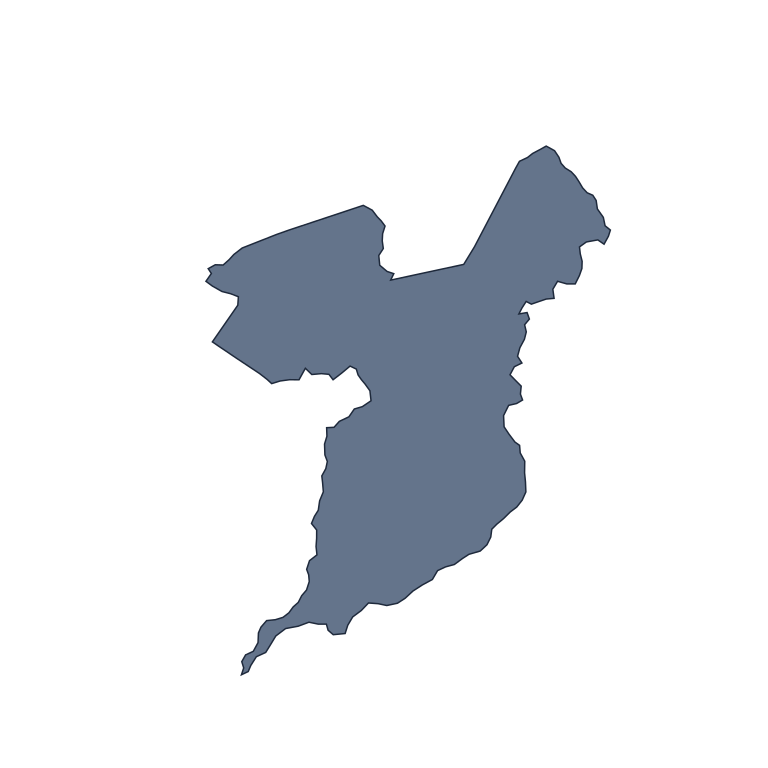 outline of São Martinho, Santa Catarina, Brazil, rotated 237°
{"feature_id": "56859067B20212770642910", "entity_name": "São Martinho", "entity_type": "district", "adm_level": 2, "iso_a3": "BRA", "parent_name": "Brazil", "parent_adm1": "Santa Catarina", "projection": "mercator", "projection_center": [-48.982, -28.115], "detail": "fine", "context": "isolated", "style": "filled", "palette": "slate", "viewbox_px": 768, "rotation_deg": 237, "n_neighbors": 0, "source": "geoboundaries", "source_scale": "gbopen_adm2", "svg_char_len": 2583}
<svg xmlns="http://www.w3.org/2000/svg" viewBox="0 0 768 768"><g transform="rotate(237 384 384)"><path d="M472.6,652.7L478.9,654.2L486.8,654.1L495.2,649.6L495.7,642.3L496.4,634.2L495.8,627.7L497.0,618.9L493.3,611.9L449.8,534.6L440.9,516.0L467.5,446.2L471.2,452.3L476.7,447.9L485.9,445.1L494.6,449.6L498.0,457.2L505.0,460.5L510.8,464.7L515.9,470.9L522.3,470.5L527.9,469.4L536.2,468.8L545.1,463.9L564.9,388.0L567.9,375.5L575.3,339.1L574.4,328.6L572.6,321.7L571.4,313.9L575.9,307.4L576.5,299.4L570.7,299.4L567.1,290.6L559.6,293.4L549.8,298.5L543.3,304.5L536.5,309.4L529.7,304.3L512.8,263.0L506.3,265.7L485.3,274.6L460.6,285.3L451.4,288.5L445.5,290.0L443.1,298.5L439.0,307.2L433.8,315.0L440.0,326.6L431.3,328.6L426.8,337.1L422.1,343.1L415.3,343.6L416.2,354.5L417.5,365.3L411.6,368.9L405.7,367.2L400.0,367.4L394.3,368.1L386.0,368.5L377.0,364.0L376.8,353.5L379.2,345.5L375.6,336.7L377.0,326.2L374.9,318.5L378.6,312.1L371.3,307.7L366.0,301.4L356.7,295.8L349.9,294.3L344.7,289.1L340.8,281.8L334.6,278.7L326.6,274.4L321.1,266.4L313.9,260.1L310.9,253.6L306.5,247.2L298.2,248.0L291.2,243.4L284.7,238.5L277.2,234.7L276.4,225.3L270.7,218.2L265.0,216.9L259.0,213.7L253.4,206.8L251.3,199.7L247.5,193.1L246.5,186.4L243.9,179.6L243.3,172.2L245.5,164.5L249.5,156.7L247.1,148.4L243.6,143.1L235.7,137.5L231.0,128.8L232.2,120.4L228.6,113.5L222.3,111.7L217.8,106.1L216.8,113.5L220.5,119.0L224.8,128.4L223.3,138.6L227.3,147.1L231.6,156.0L232.5,168.3L227.6,180.1L225.1,191.3L218.4,198.1L214.0,204.9L207.9,203.0L201.4,204.9L195.9,215.5L201.4,222.2L205.7,230.9L206.4,241.6L208.8,251.7L202.9,259.5L196.7,265.7L192.8,275.9L192.8,285.1L194.6,295.5L194.6,306.7L193.7,318.1L198.3,327.3L197.1,336.0L194.3,344.7L194.9,354.8L194.9,362.5L191.5,373.7L193.1,382.8L197.5,390.2L203.5,395.3L205.0,402.3L206.0,410.9L207.9,420.1L208.5,428.3L211.3,436.6L216.2,444.2L224.8,449.3L232.9,453.5L242.6,460.0L252.0,460.7L258.7,464.3L264.0,462.2L274.1,461.5L282.7,461.4L292.4,467.1L298.2,476.9L295.4,484.6L295.1,491.5L301.2,492.9L307.5,497.9L314.6,496.4L323.1,494.7L327.5,502.7L326.5,511.1L334.5,511.1L340.4,517.7L345.0,526.1L350.2,531.7L357.1,534.2L359.3,541.3L366.0,542.9L369.3,535.3L372.7,541.3L375.8,548.2L370.7,551.1L369.1,557.6L366.9,566.3L363.2,573.3L371.5,577.2L375.6,585.5L368.4,591.8L363.8,598.9L368.5,606.9L373.1,612.9L379.0,617.0L386.3,619.5L392.5,622.6L392.9,631.1L388.4,641.8L381.4,644.7L385.7,652.7L389.8,657.7L396.3,655.6L404.3,658.7L414.6,658.3L422.4,661.9L428.6,661.9L433.8,658.5L440.3,657.4L447.4,657.7L453.8,657.7L460.0,656.6L466.5,653.6L472.6,652.7Z" fill="#64748b" stroke="#1e293b" stroke-width="1.5"/></g></svg>